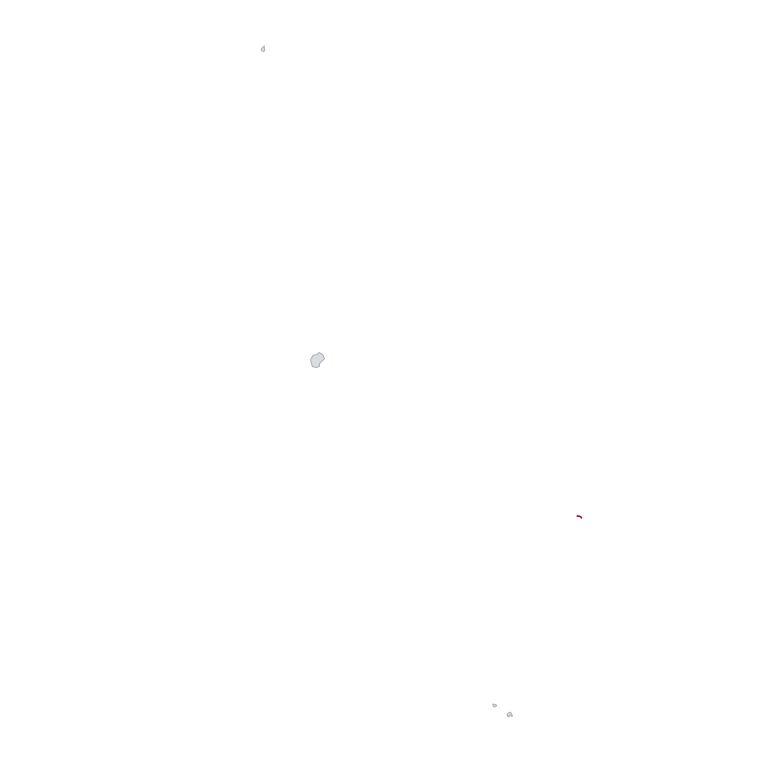 location of Ta, Chuuk, Federated States of Micronesia, rotated 236°
{"feature_id": "79324940B22444960542249", "entity_name": "Ta", "entity_type": "district", "adm_level": 2, "iso_a3": "FSM", "parent_name": "Federated States of Micronesia", "parent_adm1": "Chuuk", "projection": "equal_earth", "projection_center": [153.68, 5.302], "detail": "fine", "context": "in_parent", "style": "filled", "palette": "rose", "viewbox_px": 768, "rotation_deg": 236, "n_neighbors": 0, "source": "geoboundaries", "source_scale": "gbopen_adm2", "svg_char_len": 1150}
<svg xmlns="http://www.w3.org/2000/svg" viewBox="0 0 768 768"><g transform="rotate(236 384 384)"><path d="M446.3,347.8L442.8,349.7L438.3,348.8L437.0,342.2L434.9,340.4L435.4,337.1L438.5,334.4L445.1,336.6L447.5,341.3L446.0,344.5L446.3,347.8ZM41.6,304.3L41.0,305.4L37.3,305.0L36.8,304.4L37.1,303.9L38.9,303.4L39.1,301.9L38.2,301.6L39.0,300.8L40.5,300.7L41.3,301.6L41.7,302.9L41.6,304.3ZM730.5,469.6L731.2,473.6L727.3,471.7L726.8,470.2L729.0,468.9L730.5,469.6ZM55.7,297.3L54.7,297.7L54.2,297.3L54.4,295.2L54.8,294.5L55.8,294.4L57.5,295.0L57.6,295.5L55.7,297.3Z" fill="#d9dde1" stroke="#a8b0b8" stroke-width="1"/><path d="M163.6,472.9L163.8,472.7L164.0,472.6L164.3,472.5L164.6,472.5L164.9,472.3L165.2,472.1L165.5,471.7L165.8,471.3L166.0,471.1L166.1,470.9L166.6,470.4L166.8,470.3L167.0,470.2L166.8,470.2L166.7,470.2L166.5,470.4L166.3,470.6L166.2,470.7L166.0,470.9L166.0,471.0L165.9,471.0L165.7,471.2L165.6,471.4L165.4,471.6L165.3,471.8L165.1,472.0L164.9,472.2L164.6,472.3L164.4,472.4L163.7,472.7L163.5,472.8L163.4,472.8L163.2,472.9L162.8,472.8L162.9,473.1L163.0,473.1L163.4,473.0L163.6,472.9Z" fill="#f43f5e" stroke="#9f1239" stroke-width="1.5"/></g></svg>